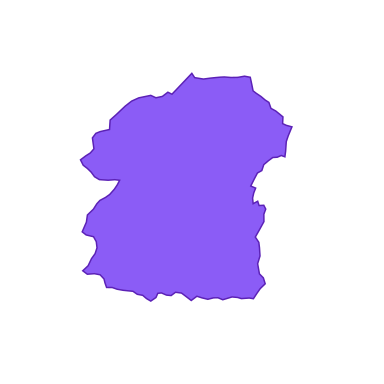 the district of Quadra, São Paulo, Brazil, rotated 215°
{"feature_id": "56859067B31751698362757", "entity_name": "Quadra", "entity_type": "district", "adm_level": 2, "iso_a3": "BRA", "parent_name": "Brazil", "parent_adm1": "São Paulo", "projection": "equal_earth", "projection_center": [-48.041, -23.303], "detail": "fine", "context": "isolated", "style": "filled", "palette": "violet", "viewbox_px": 384, "rotation_deg": 215, "n_neighbors": 0, "source": "geoboundaries", "source_scale": "gbopen_adm2", "svg_char_len": 1786}
<svg xmlns="http://www.w3.org/2000/svg" viewBox="0 0 384 384"><g transform="rotate(215 192 192)"><path d="M236.3,64.8L230.6,64.6L225.1,69.1L219.8,71.5L214.2,70.3L211.1,67.6L207.2,64.8L202.6,68.0L197.6,69.4L192.0,72.0L183.4,76.8L178.2,76.8L173.1,79.1L168.2,78.6L163.2,79.0L161.0,84.9L161.9,89.4L159.1,91.8L153.8,92.9L149.7,95.2L148.0,100.4L142.6,103.2L137.2,103.0L130.4,102.7L128.2,109.4L123.1,111.0L117.5,113.2L113.6,117.7L110.0,120.3L105.0,121.4L99.0,129.0L94.1,131.8L90.4,133.0L84.3,138.0L80.5,139.8L80.7,146.4L80.7,152.0L79.4,158.8L84.3,162.6L89.8,163.6L97.1,170.9L99.6,178.6L104.8,185.1L108.4,189.1L114.3,191.4L115.1,199.9L116.1,209.0L120.4,215.0L121.8,220.3L125.6,222.3L129.3,219.4L132.9,222.1L135.2,217.5L138.9,221.8L140.9,226.7L142.1,231.7L147.3,230.6L148.4,238.0L149.3,245.1L147.1,249.6L148.9,255.6L147.3,261.6L145.6,266.6L142.1,269.4L139.8,273.1L136.1,274.1L138.7,279.1L143.7,287.4L145.4,293.2L147.5,302.7L153.0,300.7L157.0,300.0L160.6,305.7L169.9,306.4L175.3,305.8L180.4,309.5L184.7,309.3L190.3,309.8L196.3,309.7L200.0,309.9L204.3,314.0L210.1,319.4L215.4,317.0L220.2,312.2L225.7,308.2L231.6,304.7L234.8,302.2L238.0,299.5L242.4,295.7L247.4,291.1L255.4,287.2L260.2,289.1L264.5,260.6L269.0,259.9L271.1,253.3L275.6,248.5L281.2,247.5L289.6,238.6L293.6,231.8L295.9,224.3L297.2,218.1L298.5,211.7L300.3,204.0L297.9,200.0L295.4,195.9L301.8,188.9L304.4,184.9L304.6,179.2L297.1,171.1L297.7,165.6L299.7,160.8L301.8,154.4L296.4,151.5L291.3,151.3L285.9,150.4L280.6,148.6L275.0,149.0L267.4,153.6L262.3,157.8L258.0,160.1L257.3,155.0L257.2,149.8L258.0,142.8L259.7,138.0L262.6,132.3L263.2,127.8L262.9,121.4L264.5,113.2L261.2,106.7L259.1,96.4L254.1,96.1L247.0,98.9L241.9,96.4L237.8,91.8L236.0,85.9L236.1,79.8L234.8,72.0L236.3,64.8Z" fill="#8b5cf6" stroke="#5b21b6" stroke-width="1.5"/></g></svg>